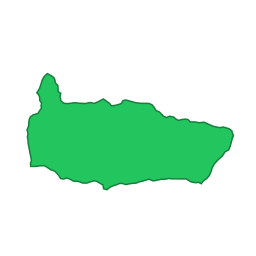 outline of Nova Aliança, São Paulo, Brazil, rotated 80°
{"feature_id": "56859067B34710336323608", "entity_name": "Nova Aliança", "entity_type": "district", "adm_level": 2, "iso_a3": "BRA", "parent_name": "Brazil", "parent_adm1": "São Paulo", "projection": "natural_earth1", "projection_center": [-49.522, -21.052], "detail": "fine", "context": "isolated", "style": "filled", "palette": "green", "viewbox_px": 256, "rotation_deg": 80, "n_neighbors": 0, "source": "geoboundaries", "source_scale": "gbopen_adm2", "svg_char_len": 1930}
<svg xmlns="http://www.w3.org/2000/svg" viewBox="0 0 256 256"><g transform="rotate(80 128 128)"><path d="M148.7,26.3L146.2,28.7L144.9,31.4L143.6,34.0L143.6,37.6L142.3,40.8L141.2,43.5L138.7,47.5L135.5,52.0L135.2,57.0L133.8,60.4L132.8,65.7L130.1,67.4L129.2,70.0L129.0,73.5L129.3,76.8L127.8,79.0L125.2,81.1L123.6,85.0L124.4,88.2L122.5,91.0L117.7,94.3L115.5,97.5L112.5,98.5L109.3,100.3L107.4,103.2L106.7,106.9L106.0,110.8L104.6,115.5L102.5,120.2L100.8,123.5L99.9,125.9L100.5,128.7L102.7,130.1L103.3,133.7L103.5,137.7L103.2,140.5L100.6,141.9L97.9,144.5L95.1,147.2L97.0,153.0L97.9,157.0L96.3,160.9L96.5,165.8L95.6,169.6L94.9,172.5L93.8,176.1L93.7,180.6L93.3,184.4L92.3,187.2L89.4,189.4L85.1,189.4L82.1,188.2L80.0,190.5L76.7,190.0L74.0,189.7L70.7,191.8L68.4,191.6L65.8,192.1L63.4,194.2L60.4,198.0L62.8,201.7L65.8,204.1L69.5,206.0L71.8,207.2L74.0,208.5L77.5,211.7L79.7,210.2L82.7,209.6L85.4,210.2L88.5,208.8L91.1,209.8L93.5,209.8L95.5,211.9L98.1,214.2L98.5,218.9L100.1,222.2L102.2,223.7L105.1,224.7L108.6,225.4L112.2,227.7L116.3,227.5L119.4,228.7L122.0,228.5L125.3,229.0L143.2,228.7L146.0,230.2L149.0,230.5L149.8,225.8L150.0,221.3L150.5,217.3L152.0,215.1L153.8,213.3L155.7,211.4L157.6,207.8L160.4,205.8L162.8,204.4L166.0,203.2L167.1,200.4L166.6,197.0L168.3,194.0L170.8,191.0L172.1,185.9L174.4,182.0L175.1,178.0L174.5,174.4L174.1,170.6L175.1,168.1L177.1,165.7L179.9,162.5L183.6,162.6L185.1,159.5L183.1,155.7L182.3,152.6L181.9,149.1L181.1,145.7L181.8,142.9L183.4,139.7L183.2,136.2L183.3,133.0L183.7,129.7L183.0,126.4L182.9,123.0L182.5,119.9L182.0,116.4L184.5,112.3L184.4,107.3L184.3,103.7L184.9,100.0L184.8,96.2L185.8,93.5L186.2,90.3L187.2,85.5L188.2,79.6L191.9,75.5L193.5,71.4L193.9,67.8L195.6,65.5L193.3,63.2L191.4,59.1L188.9,56.2L184.9,53.5L182.1,52.2L178.2,49.1L175.1,45.0L171.9,39.9L168.2,36.5L167.1,32.7L164.0,30.7L160.3,28.9L156.1,27.0L153.9,25.5L151.6,25.9L148.7,26.3Z" fill="#22c55e" stroke="#15803d" stroke-width="1.5"/></g></svg>